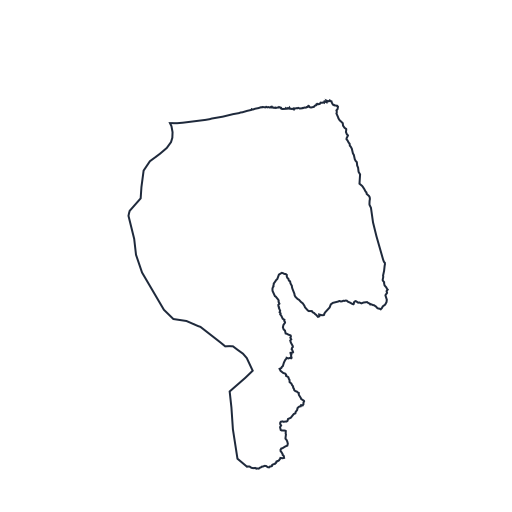 Tacna, Tacna, Peru (Equal Earth projection), rotated 130°
{"feature_id": "86281439B72337675709954", "entity_name": "Tacna", "entity_type": "district", "adm_level": 2, "iso_a3": "PER", "parent_name": "Peru", "parent_adm1": "Tacna", "projection": "equal_earth", "projection_center": [-70.307, -17.872], "detail": "fine", "context": "isolated", "style": "outline", "palette": "slate", "viewbox_px": 512, "rotation_deg": 130, "n_neighbors": 0, "source": "geoboundaries", "source_scale": "gbopen_adm2", "svg_char_len": 6107}
<svg xmlns="http://www.w3.org/2000/svg" viewBox="0 0 512 512"><g transform="rotate(130 256 256)"><path d="M89.0,289.1L89.0,289.8L88.8,290.1L89.0,290.2L89.2,291.2L90.2,292.7L90.1,293.2L90.4,293.4L90.6,294.4L89.7,296.7L89.0,297.6L89.5,298.6L89.4,299.5L89.8,299.5L89.8,299.0L90.0,298.6L90.0,299.3L91.3,300.6L91.5,301.3L91.6,301.0L91.8,301.3L92.2,301.1L92.4,301.4L92.6,301.1L92.9,301.7L93.1,301.4L93.5,302.8L93.8,302.6L94.5,302.8L94.9,302.5L95.1,303.2L96.2,303.9L97.0,305.1L98.5,304.9L99.9,306.0L99.8,306.6L100.0,306.8L100.2,306.6L101.1,307.2L101.8,306.8L103.2,307.6L104.5,307.5L106.9,309.3L107.6,310.8L107.1,311.8L107.3,312.4L108.9,312.4L109.4,312.7L109.5,313.0L110.0,313.0L110.9,313.8L111.2,314.4L112.6,315.1L112.8,315.6L113.3,315.7L114.9,317.3L115.4,318.9L116.3,319.3L116.6,319.9L117.6,320.6L118.0,321.2L118.6,321.2L118.7,321.7L119.3,321.4L119.3,321.8L119.6,321.9L119.6,322.5L120.7,323.5L120.8,324.1L121.3,324.5L121.2,325.3L121.0,325.7L121.8,325.6L122.1,326.4L122.5,326.2L123.1,326.8L123.0,327.1L123.4,327.4L123.5,327.9L123.9,327.6L126.3,330.1L126.9,331.2L126.8,332.2L126.4,332.3L127.1,334.1L127.6,334.0L128.5,335.0L129.9,336.0L129.9,336.7L130.9,337.3L131.1,338.0L131.4,338.3L131.3,338.6L131.6,339.2L131.4,339.9L131.8,340.2L132.3,339.9L132.5,340.5L133.3,340.7L134.0,342.3L134.9,342.9L135.2,344.1L136.1,344.3L137.1,345.9L137.6,346.7L138.1,346.8L138.6,347.6L139.0,347.7L139.1,348.0L141.0,349.1L143.7,351.3L145.6,352.4L146.1,352.9L146.3,353.6L146.9,353.4L147.4,353.7L150.4,356.0L154.8,358.9L155.9,360.0L157.5,360.9L162.0,364.7L170.6,371.0L179.2,378.3L180.9,379.4L184.1,382.1L200.9,397.7L205.0,401.8L209.5,407.3L210.9,404.2L214.8,399.5L219.2,396.1L223.4,394.3L230.6,393.8L239.5,395.3L251.6,398.2L262.8,397.0L276.8,388.1L286.0,381.4L302.6,381.8L304.8,380.8L307.2,379.5L321.2,360.3L332.2,348.7L341.9,332.7L356.4,292.0L357.4,278.8L350.5,267.5L346.9,255.3L346.0,253.0L345.1,228.4L345.0,221.5L342.3,218.6L340.0,215.6L339.7,209.7L339.2,203.2L340.1,197.5L346.0,184.8L356.3,185.9L376.7,189.1L387.9,177.4L403.6,162.3L423.2,139.9L423.2,127.4L422.4,127.0L422.2,126.5L421.4,125.6L421.2,123.4L420.3,121.7L419.5,121.1L419.1,120.2L418.7,120.0L418.8,119.6L418.6,118.9L418.1,118.7L417.1,117.2L415.9,117.0L414.3,116.2L413.5,116.1L412.9,115.4L411.2,114.5L410.4,113.3L410.2,111.2L409.5,110.1L408.3,110.0L407.6,109.3L406.6,108.8L405.7,109.3L404.6,108.9L402.8,107.8L402.3,108.0L401.6,107.7L400.4,108.2L400.0,107.8L399.4,107.9L398.7,107.3L397.7,107.0L396.7,107.2L395.9,107.1L395.0,107.5L393.9,105.7L392.6,104.7L391.4,106.1L391.2,106.7L391.3,107.6L390.6,108.4L389.8,110.7L389.8,111.5L388.8,112.6L387.2,112.9L386.3,112.2L383.0,111.1L381.1,110.1L379.3,111.0L378.0,112.8L377.2,114.6L377.1,115.7L376.8,116.2L373.4,118.4L373.0,119.1L370.9,120.7L371.2,121.8L373.1,124.1L373.4,125.2L371.8,127.4L371.2,127.7L369.7,127.8L369.1,129.6L367.9,130.4L366.9,130.4L365.6,129.3L365.3,128.3L363.8,127.0L363.2,126.2L362.0,125.9L360.3,126.7L357.6,125.4L352.8,125.5L351.2,124.7L350.0,125.4L347.5,125.5L345.9,126.4L344.4,126.3L343.2,125.9L342.4,125.1L341.2,125.6L340.5,124.2L339.0,124.4L338.0,125.3L336.3,125.8L336.1,126.2L336.5,129.5L336.0,130.3L334.9,133.7L334.5,134.3L333.4,135.2L333.7,136.3L333.6,137.7L334.2,138.9L334.2,140.4L333.3,141.7L333.0,142.9L332.5,143.2L331.9,144.2L331.8,145.2L331.0,146.9L331.0,149.2L329.3,150.8L329.0,151.9L328.1,153.2L328.1,154.0L328.5,156.0L327.6,156.6L327.3,157.9L328.1,160.0L328.2,163.3L327.3,165.4L325.5,164.6L324.5,164.9L323.0,164.7L319.7,166.1L316.9,166.8L314.9,166.8L314.3,167.1L313.7,165.4L312.1,164.4L311.8,163.3L311.4,163.2L310.9,163.5L310.0,165.0L308.8,165.5L308.7,166.6L308.0,167.3L306.5,165.8L305.8,165.8L304.7,167.9L304.5,168.8L302.9,169.4L302.0,169.3L301.4,169.9L299.9,173.7L298.7,175.5L297.2,175.4L296.5,177.2L295.4,177.4L294.7,178.2L294.6,178.5L295.4,180.6L295.8,182.5L296.3,183.5L294.5,185.9L294.5,187.6L293.3,189.6L291.1,190.7L288.4,190.9L288.0,191.3L287.5,192.7L286.6,193.2L286.9,195.2L285.5,198.2L285.1,200.0L284.1,200.3L283.9,201.8L282.5,202.2L281.0,205.2L280.4,205.4L280.1,206.4L279.1,207.5L277.5,207.4L276.6,209.3L275.8,209.7L275.2,210.8L274.6,213.8L274.4,214.8L274.6,215.7L272.1,220.9L270.6,222.3L269.1,223.0L268.1,223.0L267.5,223.7L266.6,224.0L265.7,224.7L262.7,224.9L261.9,225.1L259.9,224.9L255.5,226.5L252.3,225.4L251.8,224.2L251.5,222.7L250.7,221.7L250.7,220.2L251.8,219.4L252.6,218.0L252.6,216.6L253.3,215.7L253.7,214.7L253.5,213.6L254.8,212.0L255.9,209.2L256.7,208.5L257.7,207.0L260.2,202.4L261.3,201.1L261.9,199.7L262.2,196.6L261.9,194.8L262.3,192.1L262.2,189.7L263.0,187.0L263.8,185.5L264.4,181.4L264.3,180.2L262.3,177.8L262.7,176.5L262.3,174.7L262.5,173.4L262.4,172.1L262.8,169.4L261.5,168.7L260.2,170.0L259.1,167.6L258.2,166.5L257.3,166.0L256.3,166.6L254.6,166.8L248.1,166.5L245.0,167.6L242.5,167.0L238.1,163.8L237.0,163.3L236.7,163.0L236.5,162.1L235.5,161.0L234.1,160.3L233.6,159.4L232.6,158.8L231.9,157.8L231.9,156.0L231.3,154.2L230.8,151.4L230.4,150.4L229.9,150.3L228.4,151.2L226.7,150.9L226.3,150.1L226.1,147.7L225.2,147.0L224.5,144.8L222.5,143.7L219.9,141.3L219.9,140.3L219.3,137.7L219.6,137.7L219.7,137.3L218.9,136.6L218.4,134.8L217.9,134.2L217.6,131.6L217.9,129.7L217.7,128.7L216.9,127.4L216.7,126.2L214.9,126.1L213.1,126.5L210.2,125.8L207.4,126.4L205.4,127.7L203.0,131.5L202.2,131.8L200.4,131.8L200.0,131.9L199.0,133.4L197.1,133.5L197.0,134.5L196.3,136.0L195.9,138.6L194.5,140.4L193.7,141.0L193.3,143.1L192.9,143.6L190.2,145.1L189.3,146.1L185.1,148.3L180.6,151.3L179.6,151.8L178.4,152.9L178.2,154.3L177.0,156.4L163.4,176.5L155.0,188.0L145.2,198.9L143.9,201.8L143.4,202.4L140.8,204.4L139.1,205.4L137.9,206.7L137.4,208.0L137.3,211.1L136.3,212.3L136.2,213.5L135.2,215.9L134.3,218.8L134.1,219.7L134.1,223.2L126.6,228.7L125.6,231.5L122.7,234.6L121.7,236.6L119.3,239.1L119.1,240.8L118.4,242.5L115.7,246.0L115.1,247.7L112.2,251.6L111.3,253.9L111.2,255.0L109.8,256.5L109.6,257.9L108.6,260.3L108.4,261.7L107.6,262.3L104.6,263.0L104.4,263.5L104.4,264.6L103.2,266.8L101.3,268.0L100.7,268.6L100.9,270.5L100.2,273.1L98.5,274.9L98.3,277.7L98.3,279.0L97.6,281.3L97.1,282.0L95.1,286.0L94.4,286.2L93.0,287.4L92.7,288.0L91.2,287.9L89.0,289.1Z" fill="none" stroke="#1e293b" stroke-width="2"/></g></svg>